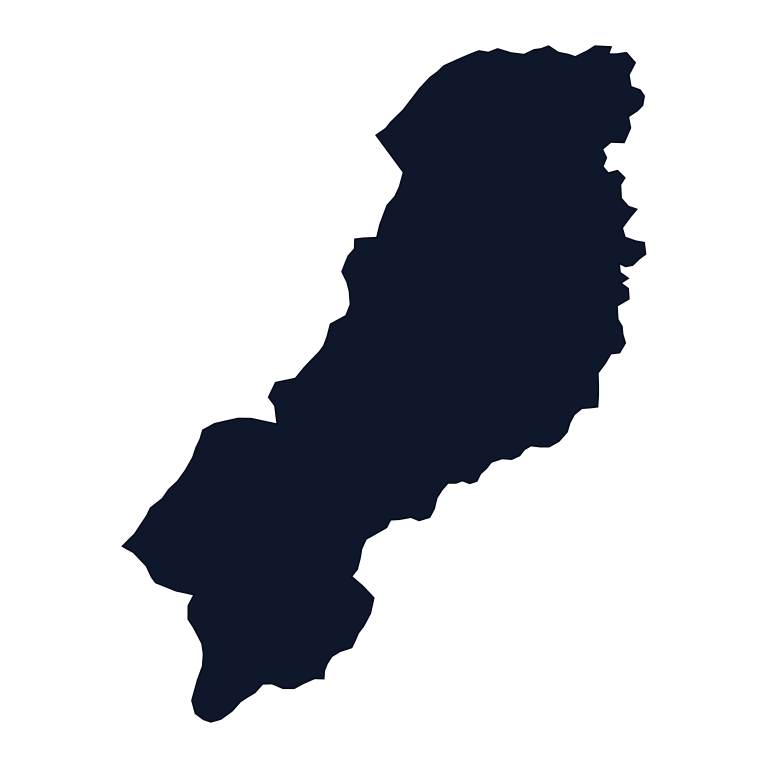 the district of Mandaguaçu, Paraná, Brazil
{"feature_id": "56859067B52596014738529", "entity_name": "Mandaguaçu", "entity_type": "district", "adm_level": 2, "iso_a3": "BRA", "parent_name": "Brazil", "parent_adm1": "Paraná", "projection": "mercator", "projection_center": [-52.052, -23.286], "detail": "fine", "context": "isolated", "style": "filled", "palette": "ink", "viewbox_px": 768, "rotation_deg": 0, "n_neighbors": 0, "source": "geoboundaries", "source_scale": "gbopen_adm2", "svg_char_len": 2503}
<svg xmlns="http://www.w3.org/2000/svg" viewBox="0 0 768 768"><path d="M635.2,62.7L626.4,52.7L616.5,54.1L608.5,54.1L611.1,46.9L595.0,46.1L587.5,50.9L575.2,56.9L568.7,54.6L558.2,52.5L548.6,46.1L540.9,48.9L534.1,49.8L524.1,54.6L511.1,53.0L497.6,48.9L488.3,52.5L479.0,50.9L470.4,54.2L458.3,59.4L443.9,65.9L437.5,72.0L430.0,77.6L419.8,88.5L407.8,104.2L403.0,110.3L390.8,122.2L385.7,128.6L376.1,135.2L403.5,172.3L399.4,187.2L394.8,196.8L387.2,205.3L380.1,224.1L376.8,237.6L363.4,238.2L354.9,239.2L354.6,248.8L348.2,256.1L344.9,264.1L342.0,271.7L347.1,282.2L349.4,291.2L350.4,304.5L346.0,315.7L330.5,324.1L327.1,337.0L323.8,345.8L319.4,351.9L311.1,360.4L304.2,367.7L295.4,378.5L285.7,380.5L275.6,382.6L268.6,397.2L274.9,405.7L277.2,424.2L251.2,418.6L238.3,418.4L226.9,420.9L214.6,423.7L202.8,430.2L200.2,439.1L196.1,447.6L192.8,457.5L185.3,470.6L177.5,481.4L168.7,489.6L162.4,498.7L150.5,508.0L146.8,515.7L140.9,524.6L134.6,534.2L129.5,539.1L122.4,546.3L133.5,552.4L146.5,566.1L151.5,577.0L155.7,582.6L176.1,590.8L194.1,594.7L188.3,605.7L188.2,619.2L193.4,627.1L197.9,635.6L202.0,643.5L203.5,654.0L202.6,666.3L197.6,679.9L191.9,700.5L195.4,713.4L203.5,719.4L210.8,721.9L220.8,719.1L232.1,710.9L240.4,701.6L247.5,696.9L255.0,692.4L262.6,683.9L271.9,683.6L283.0,688.3L294.2,688.3L302.8,683.6L314.6,678.4L323.8,678.7L324.3,670.7L327.1,663.7L331.6,656.5L340.1,651.3L351.7,647.5L355.3,640.0L358.2,633.1L363.4,626.3L370.4,613.3L373.8,597.9L362.8,586.2L351.5,576.5L357.2,569.3L360.0,558.4L361.5,549.1L366.0,539.1L375.3,533.9L386.5,527.5L390.5,519.8L399.4,519.3L411.1,517.2L419.1,520.5L429.7,517.2L434.2,508.7L436.8,497.9L441.9,489.9L447.9,483.0L456.0,483.0L462.4,480.6L469.7,483.4L476.8,481.1L480.5,473.7L486.5,468.2L491.2,462.1L502.0,458.5L511.6,459.2L519.6,455.6L524.3,449.5L530.9,445.6L540.0,446.7L549.1,446.7L558.9,441.2L567.1,431.9L569.7,423.0L574.2,414.5L581.8,408.3L590.8,407.6L597.6,406.8L598.3,395.1L598.3,385.4L597.9,373.0L605.2,363.3L610.8,353.7L619.6,352.7L625.3,343.0L622.7,334.2L622.0,326.5L617.8,319.4L617.0,305.9L628.9,298.9L628.2,288.6L620.8,283.1L628.2,278.3L620.1,272.6L619.1,263.4L625.7,266.5L632.6,265.2L639.0,259.0L645.6,254.1L644.2,242.6L635.7,241.1L625.0,237.4L622.2,227.9L630.2,217.0L636.7,209.3L628.2,206.4L621.2,198.3L620.5,184.7L624.8,177.8L617.5,170.6L608.2,173.1L602.8,166.6L606.4,157.7L602.3,149.2L610.8,142.0L624.1,142.5L630.5,127.9L628.3,116.6L637.4,110.6L642.6,105.3L644.2,96.1L640.1,90.0L630.9,86.7L628.9,74.8L635.2,62.7Z" fill="#0f172a" stroke="#020617" stroke-width="1.5"/></svg>